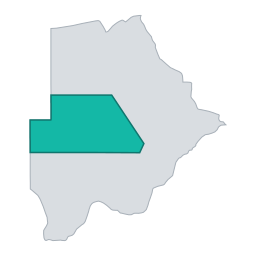 Botswana, with Ghanzi highlighted
{"feature_id": "BWA-1191", "entity_name": "Ghanzi", "entity_type": "District", "adm_level": 1, "iso_a3": "BWA", "parent_name": "Botswana", "parent_adm1": "", "projection": "natural_earth1", "projection_center": [20.983, -22.159], "detail": "fine", "context": "in_parent", "style": "filled", "palette": "teal", "viewbox_px": 256, "rotation_deg": 0, "n_neighbors": 0, "source": "natural_earth", "source_scale": "10m", "svg_char_len": 3127}
<svg xmlns="http://www.w3.org/2000/svg" viewBox="0 0 256 256"><path d="M141.0,15.5L140.6,16.7L140.3,18.5L140.7,19.9L141.5,21.7L142.7,23.2L143.6,24.2L144.7,26.5L145.8,29.3L147.2,31.6L151.4,36.7L151.9,38.6L152.5,40.4L155.1,43.9L155.5,45.1L155.3,47.5L158.0,54.6L159.8,58.8L161.3,59.6L166.2,64.0L170.4,67.6L175.4,70.0L179.1,71.6L180.9,72.8L181.8,73.9L182.5,76.0L182.8,79.7L182.9,82.1L186.9,82.1L190.1,82.3L191.3,82.8L191.7,83.4L191.6,85.0L191.6,87.4L191.7,89.3L191.3,91.3L191.1,93.7L190.9,96.7L191.4,97.9L194.5,101.6L195.8,104.0L197.1,107.7L197.9,108.9L198.6,109.3L201.4,109.7L208.7,111.3L213.2,112.7L216.8,114.1L218.3,114.5L219.0,114.9L219.2,115.2L218.7,118.4L218.9,119.5L219.3,120.4L219.9,121.1L220.6,121.6L223.3,121.9L224.9,123.9L225.9,124.8L221.0,125.2L218.6,126.9L217.1,129.8L214.9,131.9L211.8,133.2L208.6,134.2L205.3,134.7L201.7,137.2L197.8,141.6L195.8,144.5L195.8,145.6L194.9,146.6L193.3,147.5L192.3,148.5L192.1,149.7L191.2,150.2L189.7,150.2L188.6,151.1L188.0,152.9L186.6,153.9L184.6,154.3L182.8,155.3L181.2,157.0L180.1,157.8L179.3,157.8L178.0,159.2L175.9,162.3L175.5,163.8L172.6,175.6L171.0,177.0L168.0,179.5L165.6,182.4L164.5,184.1L163.4,184.9L157.8,186.3L155.8,187.1L153.3,188.2L152.7,189.2L152.0,192.9L150.2,198.2L148.8,202.0L147.9,205.4L146.3,209.6L144.9,211.0L143.4,212.3L141.3,212.9L138.6,213.3L136.1,213.2L134.1,213.3L131.4,214.7L128.9,214.8L125.0,214.0L121.8,213.2L120.3,213.0L117.5,210.3L115.7,210.3L112.9,210.1L111.3,209.5L109.9,208.1L106.7,205.3L103.6,203.1L100.9,201.8L98.4,201.1L95.9,201.7L94.0,202.3L93.3,202.6L91.8,203.7L90.3,205.9L89.1,209.3L88.6,211.4L87.2,215.8L85.3,221.2L84.4,222.7L83.4,223.8L81.8,224.8L76.6,229.1L73.9,233.8L72.3,235.2L70.3,235.9L68.6,236.3L67.7,237.1L66.6,239.5L65.7,240.3L64.7,240.6L61.8,240.4L60.8,240.1L52.9,240.6L50.5,239.8L48.7,239.5L46.0,240.5L44.9,239.9L44.0,237.9L43.6,233.8L43.7,230.4L45.2,227.9L46.4,226.0L47.6,223.5L47.7,222.4L47.5,221.4L47.3,219.4L47.1,217.3L45.4,212.8L43.3,206.7L40.5,200.0L39.6,198.2L37.8,195.3L31.3,189.7L30.3,189.0L30.3,188.3L30.3,183.0L30.2,175.8L30.2,168.7L30.2,161.6L30.2,154.5L30.1,147.3L30.1,140.2L30.1,133.1L30.1,126.0L30.1,119.9L34.8,119.9L40.7,119.9L47.7,119.9L50.8,119.9L51.0,119.0L51.0,114.6L51.0,104.4L51.0,94.3L50.9,84.2L50.9,74.0L50.9,63.9L50.9,53.8L50.9,43.7L50.9,33.5L50.9,28.5L56.3,28.2L62.6,27.2L72.7,25.6L82.1,23.5L88.3,22.3L95.6,20.9L98.1,20.6L98.8,20.8L99.8,21.3L103.1,26.4L105.2,30.2L105.7,31.9L106.1,32.0L107.1,31.8L108.2,31.2L111.6,27.3L112.4,26.3L114.6,24.5L117.2,22.6L119.6,21.2L122.1,20.1L123.2,20.4L124.5,21.3L125.7,21.9L131.2,17.3L133.7,16.2L140.1,15.4L141.0,15.5Z" fill="#d9dde1" stroke="#a8b0b8" stroke-width="1"/><path d="M30.2,152.5L30.2,149.9L30.2,145.6L30.2,141.3L30.1,137.0L30.1,133.3L30.1,129.6L30.1,125.8L30.1,122.1L30.1,120.0L35.0,120.0L39.9,120.0L44.8,120.0L49.6,120.0L50.8,120.0L51.1,119.0L51.1,118.0L51.1,116.6L51.1,115.2L51.1,113.7L51.1,112.3L51.1,110.9L51.1,109.4L51.1,108.0L51.1,106.6L51.1,105.1L51.1,103.7L51.0,102.3L51.0,100.8L51.0,99.4L51.0,98.0L51.0,96.5L51.0,95.1L51.4,95.1L111.7,95.1L143.9,143.6L139.7,152.7L94.2,152.5L30.6,152.5L30.2,152.5Z" fill="#14b8a6" stroke="#0f766e" stroke-width="1.5"/></svg>